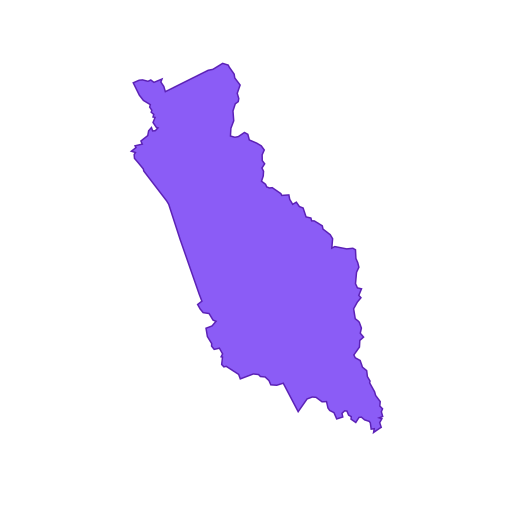 outline of Maricao, Puerto Rico, rotated 233°
{"feature_id": "32010507B97201459085327", "entity_name": "Maricao", "entity_type": "district", "adm_level": 2, "iso_a3": "PRI", "parent_name": "Puerto Rico", "parent_adm1": "", "projection": "equal_earth", "projection_center": [-66.947, 18.173], "detail": "fine", "context": "isolated", "style": "filled", "palette": "violet", "viewbox_px": 512, "rotation_deg": 233, "n_neighbors": 0, "source": "geoboundaries", "source_scale": "gbopen_adm2", "svg_char_len": 2497}
<svg xmlns="http://www.w3.org/2000/svg" viewBox="0 0 512 512"><g transform="rotate(233 256 256)"><path d="M468.2,262.2L454.6,259.6L448.0,259.7L440.5,262.7L438.9,260.7L435.1,260.5L433.9,258.8L430.6,259.6L429.0,257.4L427.4,258.8L424.6,254.1L418.7,253.8L417.3,254.8L416.7,250.9L418.1,248.7L421.5,249.8L420.6,245.6L417.3,242.0L417.1,233.3L413.8,232.5L416.8,225.7L414.8,225.4L414.7,219.5L411.2,222.0L410.3,219.7L407.1,217.7L401.0,218.1L393.4,218.4L391.3,217.5L353.7,217.8L349.8,217.4L347.2,216.5L314.1,205.1L313.7,205.0L259.8,187.7L252.5,185.6L252.4,180.2L247.2,179.5L242.6,179.7L238.3,183.9L230.6,183.1L227.9,184.8L226.6,178.7L228.4,172.6L220.9,168.7L212.7,167.9L210.8,166.3L206.6,166.4L204.4,171.3L197.9,170.4L196.5,167.5L195.4,168.4L190.0,163.3L186.8,163.6L185.8,165.8L171.9,170.9L167.3,169.5L163.4,182.9L159.8,186.7L157.1,187.0L153.9,190.5L148.7,191.4L144.2,190.3L140.3,194.8L138.0,201.2L106.3,196.0L111.1,210.8L109.5,216.1L107.0,218.9L99.8,221.0L97.3,224.7L91.3,222.0L88.3,221.9L84.0,224.0L77.3,222.4L75.2,228.4L78.6,230.0L79.0,233.6L77.4,235.3L73.2,234.2L70.4,235.4L68.5,233.7L63.0,235.5L65.1,241.1L63.9,243.2L59.8,244.1L55.8,246.9L54.0,246.9L48.4,243.8L46.9,246.5L44.3,243.7L44.0,251.1L43.8,252.9L48.5,254.5L50.3,258.6L52.6,257.0L51.6,260.6L56.2,262.4L57.8,265.1L61.7,264.6L65.0,267.6L72.6,267.6L76.2,269.0L86.3,270.4L87.5,271.8L92.7,272.4L97.8,275.4L103.2,274.1L105.5,274.9L109.9,276.3L115.0,274.0L118.1,274.6L121.0,283.8L126.1,288.1L126.5,293.1L131.6,292.8L135.0,296.8L140.9,298.6L142.4,298.5L146.2,297.5L155.1,302.2L158.2,309.2L159.5,314.7L162.7,314.4L166.3,320.5L169.5,317.8L174.0,318.8L182.5,326.5L185.1,331.4L189.3,333.2L193.9,334.3L201.1,339.2L203.9,338.0L207.1,332.7L216.1,324.6L216.7,321.3L223.7,327.6L228.3,328.1L237.2,325.7L240.2,327.1L248.9,323.7L250.6,321.6L253.3,322.7L257.1,319.5L266.0,322.5L269.4,320.4L274.7,320.6L275.2,316.4L280.9,317.0L285.0,319.0L288.9,313.0L290.8,313.4L300.8,310.1L302.2,307.7L304.8,306.1L307.5,306.8L312.4,305.4L315.6,310.0L319.1,313.0L322.7,313.7L324.4,318.4L328.4,318.4L333.1,321.8L335.7,326.4L340.8,326.5L345.7,324.5L352.7,320.5L358.1,322.7L361.6,321.1L362.0,313.7L363.5,310.6L367.2,307.8L373.1,312.8L377.4,319.6L385.7,324.9L390.0,331.0L390.0,334.7L392.1,337.0L397.2,338.9L402.1,346.2L411.0,346.2L414.4,348.0L423.0,348.3L425.2,348.7L429.9,345.3L431.0,333.9L433.1,329.6L441.8,282.5L446.9,284.4L452.2,284.7L453.9,287.4L456.1,279.0L459.9,277.9L460.5,274.9L464.9,271.4L466.7,268.5L468.2,262.2Z" fill="#8b5cf6" stroke="#5b21b6" stroke-width="1.5"/></g></svg>